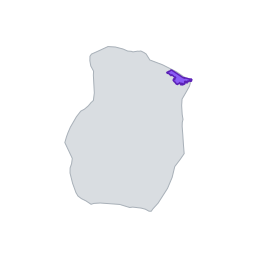 Qibing, Mafeteng, Lesotho shown in context, rotated 145°
{"feature_id": "5366337B9328437172826", "entity_name": "Qibing", "entity_type": "district", "adm_level": 2, "iso_a3": "LSO", "parent_name": "Lesotho", "parent_adm1": "Mafeteng", "projection": "robinson", "projection_center": [27.156, -29.771], "detail": "fine", "context": "in_parent", "style": "filled", "palette": "violet", "viewbox_px": 256, "rotation_deg": 145, "n_neighbors": 0, "source": "geoboundaries", "source_scale": "gbopen_adm2", "svg_char_len": 4041}
<svg xmlns="http://www.w3.org/2000/svg" viewBox="0 0 256 256"><g transform="rotate(145 128 128)"><path d="M163.8,166.8L157.7,168.7L156.9,168.9L153.0,168.4L147.8,168.9L143.8,170.0L140.6,170.4L135.5,176.0L126.1,191.1L123.6,194.3L122.9,200.2L120.7,204.9L118.0,208.6L115.5,209.5L107.7,208.0L97.7,206.2L91.9,201.6L86.8,195.6L84.1,191.2L81.2,188.8L80.3,187.5L76.2,185.5L74.7,184.4L73.3,183.7L71.7,180.8L70.7,178.3L71.1,171.2L68.3,167.1L63.4,159.9L60.3,154.1L56.0,146.1L53.4,139.2L50.7,132.1L51.1,129.1L53.7,127.0L61.2,123.4L67.1,120.7L71.2,115.6L75.8,108.1L78.0,103.5L80.3,101.5L82.7,98.3L86.9,91.2L91.7,83.3L96.7,74.8L103.1,72.4L111.8,69.6L120.2,62.2L130.2,55.9L146.4,49.2L153.9,47.5L156.7,46.5L158.5,47.8L160.4,51.6L163.2,54.9L169.5,60.5L172.2,61.9L178.7,70.2L185.7,75.9L193.8,82.5L199.2,85.8L202.0,86.7L204.3,92.5L206.7,96.9L208.0,100.9L207.7,104.9L205.1,114.5L201.3,124.4L198.3,128.5L194.7,131.1L191.1,135.0L189.7,143.0L188.1,152.3L183.4,156.1L179.8,158.6L174.8,161.7L163.8,166.8Z" fill="#d9dde1" stroke="#a8b0b8" stroke-width="1"/><path d="M64.2,151.2L64.2,150.8L64.4,150.5L64.4,150.3L64.4,150.2L64.1,150.0L63.8,149.9L63.7,149.8L63.5,149.5L63.4,149.4L63.3,149.0L63.3,148.9L63.2,148.7L63.2,148.4L63.2,148.1L62.9,148.0L62.9,147.9L63.0,147.7L62.9,147.3L62.7,146.6L62.7,146.4L62.4,146.4L62.3,146.2L62.2,146.2L61.8,146.0L61.7,146.2L61.5,145.9L61.3,145.8L61.3,145.4L61.2,145.1L61.1,144.7L61.1,144.1L60.9,143.8L60.7,143.4L60.6,143.2L60.5,142.9L60.4,142.8L60.4,142.7L60.3,142.3L60.3,142.2L60.2,142.2L60.3,142.0L60.2,142.0L60.2,141.9L60.3,141.9L60.4,142.0L60.5,142.0L60.6,141.9L60.8,141.9L60.9,142.0L61.1,142.0L61.0,141.8L61.2,141.7L61.4,141.5L61.5,141.5L61.7,141.3L61.9,141.0L62.2,141.3L62.4,141.6L62.4,141.8L62.6,141.7L62.7,141.8L62.8,141.7L63.0,141.6L63.2,141.4L63.4,141.4L63.5,141.3L63.6,141.0L63.5,140.8L63.6,140.7L63.6,140.4L63.6,140.2L63.6,139.9L63.6,139.7L63.5,139.4L63.5,139.1L63.4,139.0L63.4,138.9L63.5,138.9L63.3,138.8L63.2,138.6L63.1,138.4L63.1,138.2L63.3,138.0L63.3,137.9L63.2,137.9L63.2,137.7L63.2,137.4L63.1,137.2L63.2,136.7L63.2,136.4L63.1,136.2L62.9,136.1L62.9,135.9L62.7,135.6L62.5,135.4L62.4,135.4L62.3,135.2L62.2,135.2L62.1,135.3L61.9,135.3L61.7,135.4L61.6,135.5L61.4,135.5L61.2,135.4L60.9,135.3L60.6,135.3L60.4,135.3L60.1,135.2L59.9,135.0L59.7,135.2L59.5,134.6L59.4,134.5L59.5,134.4L59.4,134.3L59.6,134.2L59.8,134.1L59.9,133.9L59.7,133.7L59.8,133.6L59.8,133.3L59.8,133.2L59.7,133.1L59.8,133.0L59.7,132.9L59.4,132.9L59.2,132.7L59.2,132.8L59.3,132.9L59.2,133.0L59.2,132.9L58.8,132.8L58.6,132.9L58.5,133.1L58.4,133.4L58.3,133.6L58.2,133.5L58.1,133.4L57.8,133.0L57.7,132.8L57.7,132.7L57.8,132.5L57.7,132.4L57.8,132.3L57.8,132.2L57.7,132.1L57.7,131.9L57.5,131.7L57.3,131.7L57.2,131.8L56.9,131.8L56.8,131.7L56.7,131.7L56.4,131.6L56.2,131.7L56.1,131.8L56.3,132.0L56.2,132.1L55.9,132.1L56.0,132.2L55.9,132.3L55.8,132.2L55.7,132.3L55.6,132.5L55.4,132.6L55.5,132.7L55.4,132.8L55.4,133.0L55.1,133.1L55.0,133.3L54.9,133.4L54.8,133.5L54.6,133.4L54.2,133.2L54.3,132.9L54.2,132.8L54.1,133.1L53.7,132.8L53.6,132.6L53.7,132.4L53.8,132.5L54.0,132.6L54.1,132.2L54.3,132.1L54.1,131.9L54.0,131.7L53.9,131.6L53.9,131.3L53.9,131.2L53.7,131.1L53.5,131.3L53.6,131.5L53.4,131.5L53.2,131.6L53.1,131.8L52.9,131.9L52.7,132.0L52.7,131.8L52.6,132.0L52.4,131.9L52.2,132.0L52.0,131.9L52.1,131.7L51.9,131.5L51.8,131.3L51.6,131.4L51.6,131.5L51.4,131.6L51.1,131.5L50.9,131.6L50.6,131.7L50.6,131.4L50.6,131.2L50.4,131.0L50.2,131.0L50.0,130.9L49.9,130.9L49.7,130.6L49.8,130.4L49.7,130.3L49.8,130.2L49.7,130.1L49.4,130.1L49.2,130.1L49.1,130.3L48.8,130.5L48.5,130.6L48.1,130.8L48.0,131.1L48.2,131.5L48.1,131.8L48.4,132.1L48.6,132.1L48.9,132.2L49.1,132.4L49.1,132.5L49.3,132.7L49.4,132.8L49.5,132.9L49.6,133.1L50.0,133.3L51.5,135.3L52.2,135.8L52.5,136.1L53.1,136.4L53.1,136.5L52.9,136.8L53.3,137.0L53.5,137.2L53.6,137.3L53.8,137.3L54.6,139.2L57.6,146.9L59.1,150.5L59.5,150.6L59.9,150.9L60.0,150.9L60.4,150.8L61.1,150.6L61.3,150.6L61.6,150.6L61.8,150.6L62.1,151.0L62.5,151.0L62.8,151.0L63.0,151.1L64.2,151.2Z" fill="#8b5cf6" stroke="#5b21b6" stroke-width="1.5"/></g></svg>